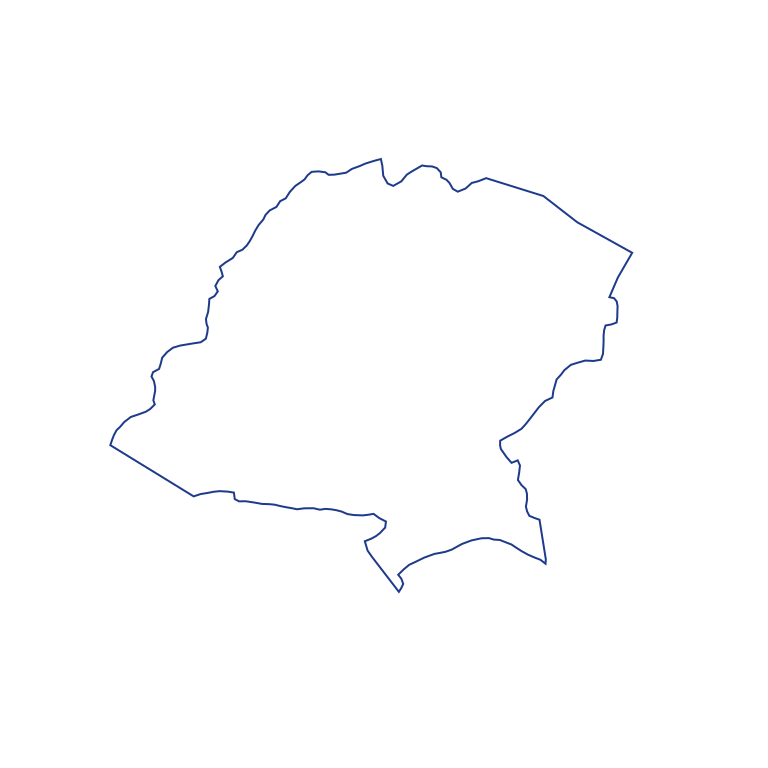 the district of Pintadas, Bahia, Brazil, rotated 70°
{"feature_id": "56859067B59210103184230", "entity_name": "Pintadas", "entity_type": "district", "adm_level": 2, "iso_a3": "BRA", "parent_name": "Brazil", "parent_adm1": "Bahia", "projection": "equal_earth", "projection_center": [-39.885, -11.874], "detail": "fine", "context": "isolated", "style": "outline", "palette": "blue", "viewbox_px": 768, "rotation_deg": 70, "n_neighbors": 0, "source": "geoboundaries", "source_scale": "gbopen_adm2", "svg_char_len": 2817}
<svg xmlns="http://www.w3.org/2000/svg" viewBox="0 0 768 768"><g transform="rotate(70 384 384)"><path d="M277.7,569.9L279.8,576.8L283.4,583.4L288.5,586.8L292.9,590.2L293.9,597.0L297.4,599.9L302.6,599.2L308.7,600.1L312.4,601.5L316.0,603.7L320.4,606.3L324.8,606.4L327.5,612.2L328.6,617.4L328.6,625.2L328.4,633.3L330.9,641.1L334.1,646.8L336.0,651.2L339.7,655.3L343.6,658.7L347.9,662.1L424.5,601.3L424.7,593.9L426.0,587.3L427.0,580.9L428.5,575.0L431.8,567.4L434.7,562.2L441.1,563.6L444.7,560.3L446.9,554.0L451.2,546.1L455.0,539.6L457.5,533.3L460.0,528.0L463.3,523.1L466.5,517.8L469.1,513.2L472.0,508.5L473.5,501.6L476.6,492.8L480.2,487.2L481.3,481.8L483.7,476.5L486.5,471.6L489.5,467.3L493.7,462.9L496.8,457.2L500.2,448.9L501.4,443.9L502.5,438.2L508.4,434.3L513.9,429.2L519.3,432.0L522.7,438.8L524.2,443.6L525.0,448.9L525.2,455.8L534.9,456.4L542.4,454.4L584.4,441.1L581.6,437.5L578.4,434.3L572.9,434.3L568.1,435.9L564.8,428.6L562.5,422.1L562.0,415.9L560.9,405.5L560.9,394.7L561.8,389.6L562.7,383.7L562.8,377.1L561.0,365.6L560.9,355.3L562.3,345.2L564.7,338.1L567.7,334.1L570.2,328.5L575.4,322.6L578.4,319.1L582.0,316.5L588.2,311.8L593.8,306.9L598.6,301.8L602.7,297.1L608.1,293.7L604.1,291.9L564.7,284.3L561.8,287.9L557.6,292.5L552.8,293.1L547.8,292.6L541.6,289.1L536.0,287.2L531.3,286.8L526.0,289.4L520.0,291.0L513.7,287.4L507.1,284.1L501.5,284.5L501.7,291.1L494.5,293.9L489.9,295.1L485.2,296.4L481.3,295.9L477.0,294.2L475.6,285.9L474.7,278.0L473.1,270.1L470.2,264.6L467.4,260.0L464.3,255.1L461.5,250.7L458.6,246.1L455.0,238.4L454.3,230.3L448.4,227.2L444.0,224.0L438.8,220.3L435.7,214.4L432.7,209.8L429.9,201.9L430.2,195.1L430.8,186.9L434.0,179.3L435.4,171.9L430.6,167.9L426.8,166.3L422.8,164.6L418.6,162.9L413.6,161.1L408.7,158.7L404.8,155.8L405.8,149.8L405.8,144.4L401.4,142.1L395.7,139.9L390.8,137.9L386.0,137.1L382.0,138.5L379.5,142.5L363.9,127.8L345.6,105.9L298.1,147.1L261.9,169.9L225.5,217.6L225.7,226.1L225.1,232.8L228.2,240.4L228.5,248.9L224.2,252.6L217.5,253.7L213.5,255.4L209.4,259.4L204.5,258.3L199.2,260.5L196.0,264.4L194.0,269.3L191.7,273.5L192.8,279.6L193.8,285.4L195.1,291.0L199.5,298.4L201.0,307.6L196.8,312.0L188.1,313.5L178.2,310.9L171.5,310.0L170.9,317.5L170.5,326.4L170.9,332.4L170.9,340.6L172.5,347.2L171.3,353.7L170.3,359.0L168.5,364.5L165.0,366.7L161.8,372.8L159.9,379.4L161.7,384.4L164.6,388.7L166.0,393.6L167.5,399.5L171.3,406.8L175.9,412.8L176.7,419.1L180.8,424.5L181.8,432.0L184.5,437.4L188.1,441.1L191.7,447.4L195.7,452.4L200.5,457.4L203.9,461.4L206.8,465.4L209.4,471.1L209.8,477.3L213.8,482.9L215.7,491.7L217.8,498.2L222.6,498.2L227.7,498.6L229.8,504.0L234.2,509.0L240.1,508.5L243.4,513.2L244.3,519.0L249.3,521.2L256.1,524.6L262.1,529.1L266.8,530.2L270.8,530.2L275.4,532.5L280.5,535.9L282.1,541.9L280.5,549.8L278.2,562.2L277.7,569.9Z" fill="none" stroke="#1e3a8a" stroke-width="2"/></g></svg>